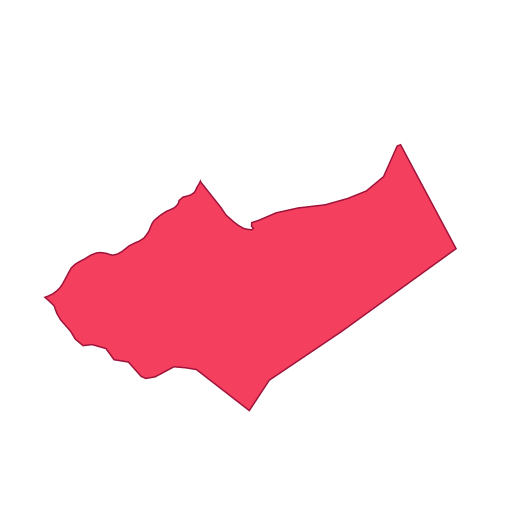 Green Gold/Babonneau, Castries, Saint Lucia, rotated 288°
{"feature_id": "8701671B51268298139498", "entity_name": "Green Gold/Babonneau", "entity_type": "district", "adm_level": 2, "iso_a3": "LCA", "parent_name": "Saint Lucia", "parent_adm1": "Castries", "projection": "albers", "projection_center": [-60.953, 13.996], "detail": "fine", "context": "isolated", "style": "filled", "palette": "rose", "viewbox_px": 512, "rotation_deg": 288, "n_neighbors": 0, "source": "geoboundaries", "source_scale": "gbopen_adm2", "svg_char_len": 1234}
<svg xmlns="http://www.w3.org/2000/svg" viewBox="0 0 512 512"><g transform="rotate(288 256 256)"><path d="M106.9,297.4L142.0,307.0L210.8,360.8L324.8,444.0L406.5,359.1L404.2,356.3L370.9,352.8L352.0,340.9L339.0,325.4L326.0,305.9L314.7,281.2L303.2,261.7L291.1,248.0L286.4,241.6L282.8,242.6L281.6,245.0L279.6,243.8L278.7,239.5L278.4,235.9L279.6,229.8L281.3,224.9L283.7,219.4L285.8,214.6L291.1,207.9L309.3,180.5L310.0,180.0L308.4,179.8L307.1,179.6L304.9,179.1L302.8,178.6L301.5,178.5L297.5,177.8L294.1,175.2L292.1,172.6L289.5,168.4L285.0,165.7L282.8,165.8L280.9,165.6L277.0,163.7L273.8,160.5L270.8,157.0L266.5,153.5L264.0,151.7L258.3,148.2L255.1,147.2L249.9,146.7L246.8,146.5L242.9,145.5L238.3,143.8L233.8,140.1L231.3,137.1L226.5,132.2L219.0,127.3L215.1,123.7L212.6,119.8L212.2,116.7L212.3,112.9L211.3,107.2L209.6,103.3L205.6,98.4L200.1,93.8L195.8,89.5L192.0,86.4L187.6,84.0L182.7,83.0L175.7,81.8L170.3,80.8L165.8,79.6L161.7,77.6L157.1,74.4L153.6,70.7L151.5,68.0L149.5,72.7L146.3,79.3L139.9,84.3L135.0,89.8L127.0,103.1L121.1,109.8L117.3,119.2L121.1,127.5L121.6,141.9L113.5,153.0L115.7,167.4L106.0,184.0L105.5,189.0L109.8,197.3L125.3,212.2L128.0,223.9L129.6,234.4L106.9,297.4Z" fill="#f43f5e" stroke="#9f1239" stroke-width="1.5"/></g></svg>